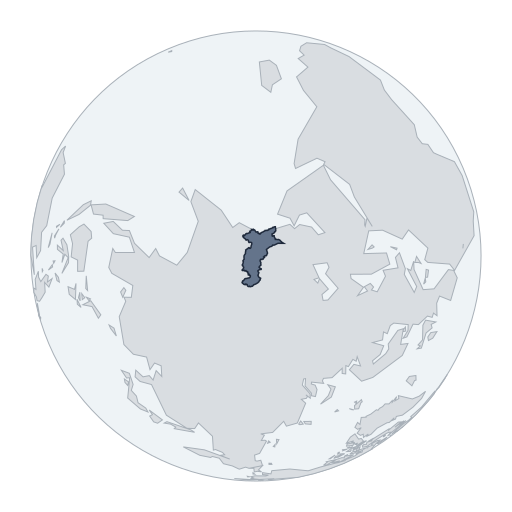 the Earth from above Pakistan, rotated 157°
{"feature_id": "PAK", "entity_name": "Pakistan", "entity_type": "country or territory", "adm_level": 0, "iso_a3": "PAK", "parent_name": "Asia", "parent_adm1": "", "projection": "orthographic", "projection_center": [69.806, 30.395], "detail": "fine", "context": "on_globe", "style": "filled", "palette": "slate", "viewbox_px": 512, "rotation_deg": 157, "n_neighbors": 0, "source": "natural_earth", "source_scale": "50m", "svg_char_len": 16021}
<svg xmlns="http://www.w3.org/2000/svg" viewBox="0 0 512 512"><g transform="rotate(157 256 256)"><circle cx="256" cy="256" r="225" fill="#eef3f6" stroke="#a8b0b8"/><path d="M303.7,35.8L304.2,35.9L321.8,41.9L332.6,45.4L326.2,43.9L350.0,52.5L362.9,59.6L345.1,50.7L340.8,49.3L348.0,53.3L345.2,52.9L347.0,54.8L343.0,54.1L332.9,49.7L330.1,49.4L335.4,52.3L334.6,54.0L327.4,49.6L325.3,52.2L308.1,46.7L291.9,37.9L279.2,36.6L254.0,32.8L253.1,33.5L243.0,33.4L238.2,34.5L234.9,34.1L233.9,35.4L237.8,35.6L238.7,36.4L236.2,37.2L231.6,36.6L232.1,36.1L229.5,36.4L228.2,35.8L227.4,36.6L222.1,36.2L223.7,37.9L216.3,38.7L213.8,38.1L218.9,36.4L225.9,32.9L224.9,32.9L223.7,33.0L239.7,31.3L255.8,30.7L271.8,31.3L287.8,33.0L303.7,35.8ZM188.9,40.9L187.2,41.6L194.7,39.5L194.6,39.9L200.4,39.1L194.2,41.3L185.1,44.1L179.9,45.1L175.8,46.6L176.3,47.7L162.6,52.3L146.4,60.6L143.4,62.0L145.4,59.9L153.9,55.2L171.1,47.3L188.9,40.9ZM340.9,48.4L336.7,46.5L341.7,48.6L340.9,48.4ZM348.0,55.2L350.1,56.0L350.1,56.7L348.0,55.2ZM203.4,38.0L201.9,38.5L201.6,38.4L203.4,38.0ZM207.3,37.3L208.0,36.8L210.0,36.4L209.5,36.7L207.3,37.3ZM344.0,56.5L343.5,57.7L342.3,55.6L344.0,56.5ZM206.0,38.1L213.4,35.8L216.8,35.3L217.9,36.2L206.0,38.1ZM342.0,57.9L340.9,61.4L345.4,63.3L331.9,60.5L337.4,58.1L335.2,55.1L338.9,57.3L342.0,57.9ZM240.1,35.4L235.8,35.1L241.7,34.7L240.1,35.4ZM243.7,34.9L260.5,33.5L265.6,34.7L258.9,34.7L267.4,36.1L261.6,37.3L255.7,36.8L253.5,35.7L253.0,37.1L243.7,34.9ZM324.6,58.7L322.8,59.1L322.8,57.9L324.6,58.7ZM239.5,36.7L242.4,36.1L247.1,37.0L242.0,38.4L242.1,37.6L239.5,36.7ZM272.5,36.0L275.0,37.2L271.0,38.4L271.5,39.1L261.9,37.4L272.5,36.0ZM239.8,37.8L239.3,39.1L234.9,39.5L236.9,37.3L239.8,37.8ZM250.4,36.8L252.4,37.3L249.6,37.4L250.4,36.8ZM218.9,42.4L222.3,41.3L225.0,41.6L218.9,42.4ZM239.5,39.6L241.0,39.4L242.5,39.5L241.2,40.5L239.5,39.6ZM259.8,38.6L257.6,39.0L263.5,39.3L260.8,40.5L254.9,39.3L256.3,40.4L255.4,40.8L251.6,39.4L259.8,38.6ZM244.4,41.9L235.9,41.3L229.0,43.1L226.4,42.8L238.0,40.1L244.4,41.9ZM248.9,40.5L245.5,41.2L244.0,40.3L245.4,39.2L248.9,40.5ZM261.0,41.9L266.8,40.3L267.8,40.7L261.0,41.9ZM242.6,42.6L244.7,42.7L242.3,42.8L242.6,42.6ZM255.7,42.2L257.6,41.5L258.8,41.9L255.7,42.2ZM247.3,43.8L244.6,43.5L245.4,42.7L247.3,43.8ZM251.4,43.2L252.6,44.0L247.4,42.5L252.0,42.8L251.4,43.2ZM256.5,42.7L257.9,42.8L255.6,43.0L256.5,42.7ZM245.5,47.4L238.8,45.8L240.7,43.8L247.0,45.6L245.5,47.4ZM34.8,249.5L38.3,211.5L42.4,203.3L47.3,189.5L78.8,165.2L80.9,172.9L100.4,183.0L102.1,186.7L94.7,196.1L105.4,220.4L114.8,214.4L129.4,230.3L142.4,235.1L155.9,216.1L134.7,207.8L136.0,196.2L156.9,194.2L176.2,202.3L177.3,198.1L169.3,185.2L178.0,179.8L167.0,180.2L168.3,185.4L161.5,186.1L159.9,181.5L163.0,179.6L158.4,175.7L144.7,186.8L144.6,193.2L129.9,189.6L128.2,200.2L122.7,202.9L123.5,185.9L126.7,181.1L124.6,160.6L120.0,165.1L121.6,185.1L119.2,182.2L112.9,189.6L115.8,181.8L115.3,159.7L104.9,156.2L84.2,168.3L79.7,165.5L79.3,157.3L94.2,139.0L102.7,147.4L108.1,142.0L112.7,130.3L114.9,134.1L117.8,130.7L121.7,133.7L133.3,129.4L138.1,131.9L148.7,122.6L152.7,122.8L145.2,128.1L142.7,133.4L155.4,140.4L159.6,139.5L165.5,133.2L168.3,136.3L172.3,129.3L182.6,130.8L173.5,123.5L180.2,116.8L189.7,114.0L190.2,110.7L174.8,115.4L170.1,118.6L168.7,123.3L154.5,132.1L148.8,131.5L157.4,118.1L150.3,116.1L160.2,107.3L195.9,98.6L207.7,99.5L214.5,114.8L208.2,118.0L202.7,113.9L202.2,123.8L204.9,120.0L207.2,123.0L214.2,118.1L216.1,120.0L219.5,112.4L222.6,114.2L220.5,119.0L233.5,114.3L241.7,117.0L243.7,115.1L243.5,112.3L254.1,118.2L255.1,116.6L252.0,114.0L252.0,109.2L256.2,103.4L259.6,105.7L258.6,108.1L261.6,117.2L258.3,123.8L260.2,124.2L263.8,119.1L260.1,108.0L261.6,103.9L264.3,108.7L263.4,106.6L265.3,105.3L270.3,106.4L267.8,101.1L283.2,86.1L294.5,87.5L295.1,93.0L309.6,87.1L321.1,90.4L318.3,87.8L323.2,84.1L319.7,82.9L318.7,81.5L329.8,72.9L335.1,73.3L336.7,67.9L335.2,66.8L331.4,66.1L331.9,60.5L345.4,63.3L348.1,65.7L354.7,66.3L359.8,72.0L367.1,77.5L368.8,84.2L374.5,88.5L376.5,88.3L385.6,94.5L397.5,108.7L379.2,97.7L359.5,79.3L366.8,86.5L362.5,85.3L363.6,88.3L368.9,93.7L371.1,94.0L366.5,107.1L374.2,124.8L379.9,121.1L386.9,124.4L400.7,144.5L402.4,178.5L411.7,185.8L414.5,192.0L411.3,197.9L407.2,188.9L401.0,187.6L399.2,182.0L392.7,189.5L389.8,181.9L386.2,192.0L391.2,197.1L398.0,192.8L396.2,205.7L407.3,213.5L412.2,226.1L405.6,253.6L393.6,265.2L393.6,269.6L386.9,266.7L380.9,277.0L395.5,296.4L396.0,303.0L384.9,318.9L384.1,314.2L366.5,306.7L365.2,322.8L378.6,332.3L383.3,345.6L373.9,343.6L368.9,331.9L362.6,328.9L362.9,315.2L355.0,296.3L345.4,302.1L344.8,293.8L332.5,278.5L317.9,286.1L295.6,310.5L294.7,331.5L286.0,340.9L270.1,311.8L266.3,291.3L258.4,293.2L243.8,275.3L212.4,271.9L209.8,266.1L203.5,267.9L193.5,260.9L190.4,251.2L183.4,250.6L192.4,275.9L200.0,276.7L209.1,268.9L209.9,277.5L219.8,286.1L202.0,303.8L158.5,313.2L157.6,297.0L141.5,246.8L143.8,242.3L143.9,241.7L143.9,240.6L139.0,247.6L137.4,237.8L142.4,271.9L141.8,285.3L157.9,313.9L155.6,315.8L161.7,322.2L185.4,321.1L184.8,326.2L171.6,347.1L141.7,369.6L147.6,389.9L148.7,405.0L134.4,409.6L140.0,421.3L133.2,422.1L135.7,427.9L132.7,431.5L126.1,432.5L110.2,423.9L105.8,418.3L92.5,403.3L72.7,369.3L73.0,358.6L70.1,347.0L59.0,315.0L61.2,302.5L59.1,294.4L54.2,291.6L52.3,281.8L49.7,278.9L36.5,265.3L34.8,249.5ZM62.6,182.2L60.5,185.9L60.5,186.0L62.6,182.2ZM193.2,222.0L206.9,225.8L206.5,211.3L211.8,211.8L209.7,206.9L206.4,210.3L202.3,197.3L210.3,194.8L211.6,188.9L207.0,187.4L193.0,194.2L198.9,212.5L193.2,217.1L193.2,222.0ZM131.7,68.7L126.1,72.2L130.5,69.3L130.2,69.2L139.0,63.5L142.4,62.4L139.3,63.7L131.7,68.7ZM151.9,56.2L151.7,56.3L145.7,59.6L151.0,56.7L151.9,56.2ZM130.3,110.8L129.5,114.3L125.0,117.2L119.0,115.7L125.4,111.3L130.3,110.8ZM129.5,118.7L139.8,106.6L144.0,107.6L139.9,109.0L141.6,110.8L135.5,113.7L129.4,127.1L125.0,130.7L116.2,125.0L121.5,124.6L122.0,121.0L129.5,118.7ZM158.7,79.4L163.2,75.6L166.5,82.4L161.9,85.2L155.5,83.5L157.2,79.2L158.7,79.4ZM206.5,40.7L208.0,39.9L209.3,39.9L209.0,40.6L206.5,40.7ZM220.2,41.9L201.2,44.9L201.9,43.9L189.9,47.5L187.2,46.6L195.1,44.1L184.0,46.5L190.1,43.9L182.3,46.0L200.2,40.6L205.3,38.8L200.7,41.1L203.0,41.9L205.5,41.7L216.4,40.1L228.3,37.4L232.5,38.3L232.3,39.7L230.1,40.4L228.0,39.5L226.5,41.3L221.9,40.6L220.2,41.9ZM227.5,63.1L226.1,60.3L222.2,66.3L217.6,64.6L217.4,65.4L212.1,65.6L205.3,67.4L203.9,66.3L201.9,67.5L198.3,67.9L195.0,69.4L191.4,67.9L187.1,69.7L187.8,68.1L181.4,71.6L184.6,68.4L180.2,69.0L179.5,71.8L167.9,63.3L160.6,63.2L152.8,65.2L159.2,60.2L170.6,55.5L183.4,52.3L189.5,53.5L191.3,51.4L194.8,51.4L191.9,53.1L198.4,50.7L200.5,51.3L211.8,50.2L219.9,46.9L224.3,46.7L222.2,48.3L228.0,47.0L226.9,50.0L230.0,50.1L232.1,53.4L226.2,56.9L230.1,56.7L231.9,59.6L227.5,63.1ZM245.9,48.4L239.9,52.4L234.4,53.6L233.1,47.4L230.4,46.9L229.4,43.6L237.4,42.1L236.9,43.1L238.4,43.8L235.3,44.0L238.8,44.4L238.3,45.9L240.9,46.8L238.3,47.7L245.9,48.4ZM107.0,184.6L108.8,186.4L112.3,188.0L108.4,192.9L107.0,184.6ZM106.3,169.5L108.4,170.1L104.6,177.2L102.7,175.6L106.3,169.5ZM112.7,164.6L108.8,169.6L109.8,165.9L112.7,164.6ZM147.5,128.4L150.1,128.9L149.1,130.6L146.2,132.3L147.5,128.4ZM215.1,82.6L215.2,80.3L216.7,80.0L221.2,75.3L225.0,76.5L223.8,79.8L215.1,82.6ZM150.4,218.3L144.8,220.9L143.7,218.2L145.8,217.8L150.4,218.3ZM124.2,206.8L128.7,212.1L123.1,208.1L124.2,206.8ZM220.0,83.1L221.4,81.0L222.4,83.0L220.0,83.1ZM228.0,77.2L229.8,79.1L226.0,76.1L228.0,77.2ZM253.7,477.1L257.2,477.9L253.3,478.0L253.7,477.1ZM184.1,410.8L177.1,433.3L167.2,431.1L162.7,423.5L163.4,409.2L174.0,407.2L178.4,400.9L184.1,410.8ZM424.1,361.8L428.4,360.3L428.1,361.3L424.1,361.8ZM419.7,361.1L424.9,358.9L418.5,363.4L419.7,361.1ZM426.8,358.0L432.1,353.7L434.4,351.1L433.8,353.1L426.8,358.0ZM416.1,362.8L394.9,370.7L386.1,371.2L388.5,367.4L402.7,363.4L416.1,362.8ZM387.8,367.5L373.9,362.5L352.5,339.9L360.2,338.7L382.1,350.1L380.8,353.3L389.2,358.1L387.8,367.5ZM420.0,339.1L418.6,348.1L407.2,352.0L401.9,352.6L398.2,343.0L400.3,336.6L404.8,335.2L420.4,309.3L426.2,311.6L421.8,321.9L426.5,327.4L420.0,339.1ZM295.9,333.3L301.9,344.9L297.0,347.2L295.9,333.3ZM425.4,292.6L420.0,304.1L424.5,290.0L425.4,292.6ZM427.2,280.1L428.2,284.3L425.1,281.2L427.2,280.1ZM394.7,275.8L390.0,278.5L389.2,275.3L394.8,270.1L394.7,275.8ZM415.8,236.9L418.2,246.3L418.2,249.9L414.9,245.1L415.8,236.9ZM254.5,94.4L244.0,99.2L239.0,104.2L240.2,109.4L234.1,104.6L241.8,96.7L254.5,94.4ZM279.3,86.7L278.2,82.8L281.6,83.6L282.4,84.6L279.3,86.7ZM276.6,85.0L269.8,82.2L271.1,79.5L276.2,82.2L276.6,85.0ZM244.6,81.7L241.2,82.9L240.5,81.2L244.6,81.7ZM425.2,404.7L427.2,402.1L424.8,403.9L393.5,429.8L388.3,431.6L393.1,426.6L395.3,415.7L397.4,415.1L400.4,406.1L421.0,388.9L436.8,365.7L444.1,361.6L452.2,345.1L458.5,340.1L454.3,351.6L458.2,351.5L467.4,325.3L463.2,344.1L463.0,344.9L455.4,360.9L446.5,376.3L436.4,390.9L425.2,404.7ZM434.6,357.0L441.1,347.3L444.0,344.9L434.6,357.0ZM474.1,303.9L474.7,309.4L473.0,313.3L471.6,311.2L468.4,320.7L462.3,327.0L464.4,321.5L464.1,316.5L456.5,321.2L455.0,318.7L458.1,313.6L452.5,314.9L458.8,308.3L460.9,314.3L464.2,305.1L469.0,301.5L472.9,298.9L475.0,300.5L474.1,303.9ZM457.8,325.9L458.8,325.1L457.7,328.2L457.8,325.9ZM479.2,286.9L479.1,287.3L479.4,283.9L479.3,285.6L479.2,286.9ZM475.7,298.0L478.3,286.5L478.7,285.4L476.8,296.2L475.7,298.0ZM478.2,283.4L479.0,282.0L479.1,284.4L478.8,285.9L478.2,283.4ZM445.1,328.3L444.7,330.7L442.9,330.1L445.1,328.3ZM447.5,325.4L452.6,324.2L446.9,327.6L447.5,325.4ZM429.5,327.9L431.3,332.3L437.2,325.8L432.7,333.1L436.2,339.7L434.6,343.6L431.3,336.3L429.3,346.7L426.7,347.8L425.7,340.2L428.6,328.7L431.2,323.1L441.5,315.8L429.5,327.9ZM447.6,318.9L446.2,313.6L447.2,308.8L448.8,311.1L447.6,318.9ZM441.0,301.2L436.1,296.2L432.4,301.1L439.2,286.5L442.9,293.7L441.0,301.2ZM435.7,287.0L432.3,291.5L435.4,283.4L435.7,287.0ZM431.1,289.5L429.9,284.5L433.0,283.7L431.1,289.5ZM437.7,286.2L437.1,277.0L439.3,281.4L437.7,286.2ZM426.7,273.5L434.5,278.8L425.6,279.4L421.8,262.5L425.4,260.3L426.7,273.5ZM425.2,194.2L422.5,189.9L424.7,187.0L426.0,190.8L425.2,194.2ZM429.6,175.4L424.4,184.9L419.9,193.3L422.8,194.3L424.6,203.4L418.4,197.5L419.3,185.8L423.3,181.0L420.8,173.8L421.9,167.0L416.9,159.1L416.4,154.6L422.2,160.4L429.6,175.4ZM414.5,156.0L406.2,141.7L411.9,140.5L415.0,143.3L416.4,150.2L413.3,150.4L414.5,156.0ZM405.8,138.1L402.7,138.3L383.9,121.4L381.4,117.7L398.7,129.0L396.7,129.9L400.3,134.6L405.8,138.1ZM325.0,60.2L323.0,59.2L325.4,59.5L325.0,60.2ZM316.6,80.9L315.7,79.0L318.5,79.1L316.6,80.9ZM314.5,73.9L312.0,75.1L313.3,72.9L314.5,73.9ZM306.6,78.0L310.3,75.0L308.8,79.3L306.6,78.0Z" fill="#d9dde1" stroke="#a8b0b8" stroke-width="1"/><path d="M278.2,234.6L279.2,236.7L279.1,237.2L278.8,237.4L278.4,237.6L278.4,237.8L278.2,238.1L277.9,238.3L277.6,238.3L277.4,238.2L276.5,238.6L276.1,238.7L275.8,238.9L275.6,239.1L275.1,239.4L274.8,239.4L274.3,239.3L273.6,239.1L273.4,238.9L273.2,238.9L272.6,238.9L271.5,238.7L270.5,238.5L269.4,239.0L269.1,239.7L269.0,239.9L268.9,240.1L269.0,240.3L269.4,240.5L269.5,240.7L269.6,240.8L269.3,241.2L269.3,241.3L269.5,241.5L270.0,241.6L270.3,241.5L270.5,241.6L270.5,241.8L270.4,242.0L269.9,242.2L269.7,242.4L269.6,242.7L269.6,242.9L269.7,243.0L270.2,243.4L270.2,243.5L270.1,244.0L269.8,244.6L269.8,244.8L270.2,245.2L270.5,245.4L270.8,245.4L270.8,245.5L270.9,246.0L271.0,246.4L271.4,246.3L271.8,246.4L272.0,246.4L272.0,247.0L272.1,247.3L272.5,247.5L273.2,247.5L274.0,247.8L274.2,248.0L274.3,248.1L274.3,248.4L274.1,248.7L273.5,248.9L272.4,249.5L272.1,249.8L271.9,250.1L271.8,250.3L271.7,250.5L272.0,251.2L272.0,251.5L271.8,252.6L271.9,252.8L272.2,252.8L272.2,253.1L271.8,253.5L271.4,253.7L270.9,254.2L270.2,255.2L269.9,255.6L269.8,255.9L270.0,256.2L270.0,256.4L269.9,256.7L269.6,256.9L269.1,257.2L268.5,257.5L268.2,257.6L267.7,259.1L267.4,259.9L266.8,261.0L266.6,261.2L264.7,262.4L264.6,262.6L264.2,263.7L264.0,264.0L263.4,264.6L263.2,265.2L263.2,265.5L262.0,265.9L261.2,265.9L260.8,266.0L259.7,266.5L259.2,266.5L259.1,266.3L258.9,266.1L258.9,265.6L258.7,265.5L258.4,265.3L258.1,265.3L257.8,265.5L257.5,265.7L257.2,266.0L256.9,266.6L256.3,267.5L255.7,268.1L255.4,268.4L255.2,268.7L255.1,268.9L254.9,269.5L254.8,270.1L255.0,270.3L255.8,270.8L256.4,271.0L256.9,271.0L257.1,271.1L257.2,271.3L257.2,272.4L257.0,273.0L257.0,273.3L257.0,273.6L257.6,274.4L257.8,274.5L258.3,274.5L258.5,274.5L258.7,274.4L258.9,274.5L259.0,274.6L259.0,275.5L259.2,275.9L259.5,276.4L259.8,276.9L260.1,277.6L260.3,278.1L260.4,278.4L260.3,278.5L260.2,278.7L260.2,278.8L260.2,279.0L260.3,279.3L260.4,279.5L260.2,279.7L259.9,279.7L259.6,280.1L259.4,280.1L259.1,280.1L258.8,280.0L258.7,279.8L258.7,279.6L258.7,279.4L258.4,279.5L257.7,279.7L257.0,280.0L256.8,280.3L256.5,280.4L256.0,280.4L255.7,280.4L255.1,280.0L253.5,280.0L253.3,280.0L253.1,280.0L252.8,279.9L252.6,280.0L252.4,279.9L252.2,279.9L252.1,280.0L252.1,281.2L251.3,281.2L250.5,281.3L250.1,281.6L250.0,281.8L249.9,282.0L249.8,281.8L249.6,281.6L249.3,281.7L249.0,281.4L248.9,281.7L248.3,281.8L248.2,281.5L248.2,281.3L247.9,281.5L247.7,281.2L247.6,280.9L247.5,280.7L247.2,280.6L247.0,280.3L247.0,280.0L247.0,279.6L246.6,278.0L246.3,277.9L244.9,277.6L244.9,277.3L245.0,276.6L245.0,276.1L244.5,275.5L244.4,275.1L244.0,274.7L243.7,274.6L243.3,274.7L243.1,274.8L243.0,275.0L243.8,275.0L244.2,275.3L243.9,275.3L243.7,275.2L243.3,275.2L242.1,275.3L241.4,275.5L240.4,275.4L239.2,275.6L238.1,275.6L237.7,276.0L237.5,275.9L237.3,275.8L235.9,275.4L235.9,275.2L235.6,275.1L235.4,275.3L235.2,275.3L234.4,275.1L233.8,275.2L233.6,275.4L233.6,275.7L232.9,275.6L232.5,275.5L231.9,275.6L230.7,275.3L230.3,275.4L229.9,275.6L229.7,275.7L229.4,275.8L229.2,275.5L229.0,275.4L228.9,275.5L228.6,275.6L228.0,275.7L227.4,275.6L226.8,275.4L227.0,275.0L227.1,273.8L227.3,273.4L227.3,273.2L227.5,272.9L227.9,271.6L228.0,271.4L228.9,271.1L229.0,270.9L229.4,271.0L229.5,270.9L229.5,270.7L230.0,270.3L230.2,270.2L230.9,270.1L231.3,270.0L232.5,270.1L232.8,269.3L233.0,269.2L233.0,268.7L233.1,268.4L233.3,268.2L233.1,267.9L232.9,267.7L232.0,267.8L231.6,267.7L231.4,267.6L231.5,267.4L231.5,267.2L231.6,266.8L231.7,266.6L231.6,265.4L231.5,264.6L231.7,263.9L231.7,263.7L231.0,263.7L230.6,263.2L230.3,262.9L229.6,262.6L229.2,262.6L228.7,262.3L227.9,261.3L227.7,261.0L227.6,260.4L227.1,259.4L227.1,259.1L227.0,258.9L225.6,256.9L230.6,259.0L231.0,259.1L234.7,258.9L236.1,259.3L236.5,259.5L236.7,259.2L237.1,259.0L237.5,258.9L238.0,258.8L239.0,258.9L239.3,259.0L239.9,259.0L243.6,258.0L243.8,257.9L244.0,257.7L243.9,257.2L243.9,256.9L244.0,256.6L244.1,256.1L244.1,255.4L244.1,255.0L244.3,254.2L244.5,253.8L245.1,253.5L245.2,253.4L245.3,253.3L245.7,252.7L246.0,252.5L246.3,252.3L246.7,252.3L247.0,252.6L247.5,252.7L248.1,252.6L248.6,252.5L248.8,252.3L249.1,252.2L248.8,251.9L248.6,251.8L248.5,251.6L248.7,251.4L249.1,251.4L250.0,250.9L250.4,250.6L250.5,250.4L251.0,250.6L251.4,250.6L251.7,250.5L252.0,250.4L252.2,250.6L252.3,250.8L252.6,251.1L252.9,251.1L253.2,251.0L253.6,250.7L254.2,249.9L254.1,248.0L254.3,247.6L254.5,247.4L254.7,247.0L254.7,246.7L254.8,246.4L255.0,245.7L255.7,245.4L256.4,245.3L257.5,244.6L257.6,244.3L257.4,244.0L257.1,243.3L256.8,242.9L256.2,242.2L256.3,241.8L256.6,241.6L257.5,241.9L257.7,242.0L258.0,242.0L258.8,242.0L259.4,241.9L260.1,241.6L260.2,241.3L260.2,240.4L259.9,240.1L259.8,239.9L259.8,239.7L260.1,239.5L260.2,239.1L260.6,238.7L260.8,238.4L261.3,238.0L261.5,237.7L261.8,237.3L261.8,237.1L261.6,236.7L261.8,236.3L261.7,235.7L261.4,235.1L261.2,234.6L261.1,234.4L260.9,234.2L260.5,234.0L260.4,233.8L260.5,233.5L260.8,233.3L261.3,232.8L261.5,232.5L261.7,232.2L262.0,232.3L262.4,232.0L262.7,231.8L263.2,231.4L263.4,231.2L263.7,231.0L263.9,231.0L264.3,230.9L264.9,230.6L266.0,230.5L266.4,230.4L268.5,230.3L269.2,230.5L269.3,230.5L269.8,230.2L270.8,229.7L271.0,229.6L271.3,229.6L271.6,229.7L272.0,229.9L272.5,229.8L273.4,230.0L273.5,230.1L273.7,230.7L273.8,230.7L274.1,230.6L274.4,230.6L274.8,230.8L275.0,230.9L275.2,231.1L275.3,231.4L275.5,232.0L275.5,232.8L275.4,232.9L275.3,233.1L275.4,233.3L275.5,233.4L275.9,233.5L276.0,233.6L276.2,234.1L276.3,234.2L276.5,234.2L276.9,234.0L277.3,233.8L277.5,234.2L277.7,234.4L278.2,234.6Z" fill="#64748b" stroke="#1e293b" stroke-width="1.5"/></g></svg>